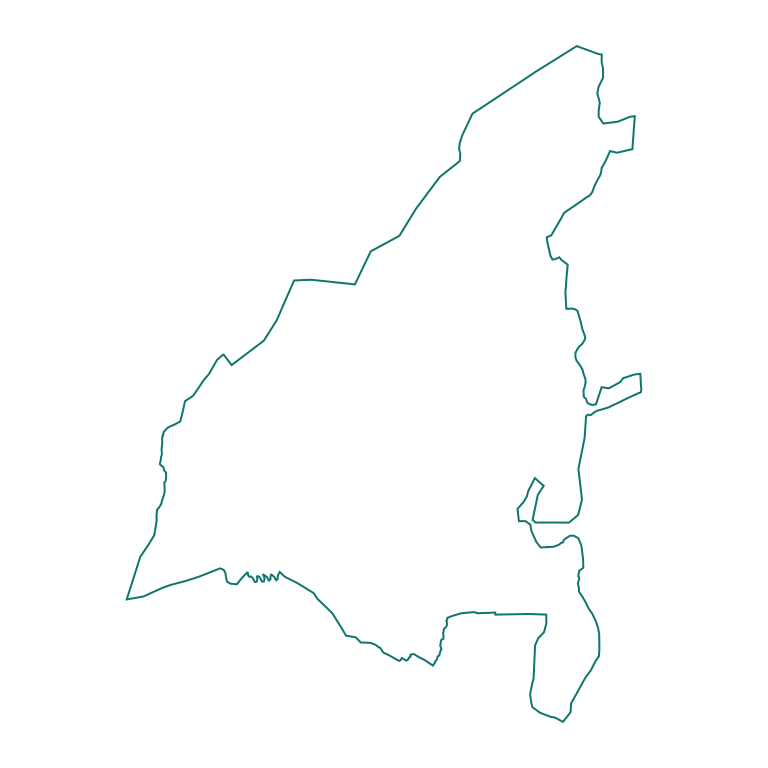 the district of Birnin Kudu, Jigawa, Nigeria
{"feature_id": "59680162B7272699675434", "entity_name": "Birnin Kudu", "entity_type": "district", "adm_level": 2, "iso_a3": "NGA", "parent_name": "Nigeria", "parent_adm1": "Jigawa", "projection": "equal_earth", "projection_center": [9.426, 11.485], "detail": "fine", "context": "isolated", "style": "outline", "palette": "teal", "viewbox_px": 768, "rotation_deg": 0, "n_neighbors": 0, "source": "geoboundaries", "source_scale": "gbopen_adm2", "svg_char_len": 4882}
<svg xmlns="http://www.w3.org/2000/svg" viewBox="0 0 768 768"><path d="M562.9,721.9L567.8,715.8L570.6,712.1L571.1,703.5L585.3,677.8L590.7,670.5L596.1,660.2L598.9,656.3L599.4,649.3L599.2,634.5L598.1,628.0L595.7,620.9L592.2,613.6L588.7,608.6L585.4,601.8L582.0,596.1L579.1,591.8L578.8,587.3L577.9,583.7L579.0,579.3L579.2,577.5L578.2,576.2L579.3,570.7L583.3,567.8L583.1,559.2L581.3,545.2L578.3,538.2L574.0,535.8L570.4,535.6L570.1,535.7L565.1,538.8L563.4,540.5L563.4,541.8L562.6,542.6L561.1,542.8L559.2,544.6L553.5,546.8L547.9,547.1L547.6,546.7L546.3,547.2L540.7,547.5L536.3,541.9L531.3,530.6L530.3,524.6L525.4,521.1L518.9,521.1L517.5,508.9L523.5,502.1L526.8,496.5L528.3,490.9L534.9,478.1L543.7,485.9L537.8,494.9L532.6,519.9L535.6,522.5L569.0,522.6L578.2,514.9L582.0,499.5L578.4,469.0L584.6,437.8L586.1,416.3L587.9,414.7L589.6,415.1L591.3,414.8L592.4,413.7L594.0,412.4L597.2,410.7L604.8,408.6L606.8,407.9L608.8,407.4L610.6,406.3L613.8,404.8L618.1,402.9L623.2,400.3L627.5,398.2L635.5,394.5L640.9,392.2L641.3,389.5L641.0,385.9L640.3,373.8L634.3,374.5L623.1,378.2L620.2,382.1L608.8,388.3L601.6,387.2L596.0,404.3L592.1,405.0L588.3,403.6L586.8,401.7L586.0,398.8L583.8,396.7L583.5,390.2L584.5,387.5L585.2,384.6L585.6,381.8L585.4,378.8L583.8,374.7L582.5,369.7L580.8,366.7L578.7,363.4L576.7,360.9L575.4,357.2L575.4,352.9L577.3,349.3L579.3,346.4L581.6,344.6L583.4,342.0L584.8,339.6L585.3,337.5L584.3,334.3L582.2,328.6L580.9,322.5L578.2,313.2L577.5,310.9L574.4,308.9L571.4,308.6L566.3,308.8L565.4,292.6L565.9,286.2L566.6,276.4L567.7,264.7L561.4,259.9L559.3,257.3L555.0,259.2L552.5,259.5L550.5,256.0L549.3,250.6L547.5,243.1L546.7,237.3L551.3,235.3L561.0,218.6L564.1,212.9L587.7,196.6L589.9,195.4L592.2,192.2L594.5,185.9L596.9,181.1L600.4,174.8L601.5,170.1L601.5,168.2L605.1,162.0L608.4,154.8L610.0,151.1L617.1,152.7L632.4,149.1L634.8,116.2L630.1,116.7L617.7,121.7L603.3,123.5L598.7,116.8L598.7,110.6L599.8,102.7L597.3,93.4L598.5,87.1L603.1,77.6L603.0,68.2L601.7,62.6L601.7,54.5L598.5,54.1L576.7,46.1L535.6,71.8L488.9,102.8L472.5,113.6L462.1,135.7L459.7,143.3L459.1,149.1L460.3,153.5L459.9,161.0L439.8,176.9L416.1,208.6L399.4,235.8L370.8,251.3L354.9,284.4L311.7,279.8L304.5,280.0L294.1,280.5L286.5,297.8L276.8,320.1L263.9,340.6L231.6,365.1L223.7,354.7L223.1,354.6L222.9,354.8L222.7,355.0L217.1,359.8L209.0,374.0L203.7,380.2L198.7,387.7L193.0,395.9L185.0,401.2L182.6,412.3L180.2,421.5L174.0,424.8L169.7,426.6L167.2,428.1L163.7,432.0L163.7,432.3L163.6,432.5L163.6,432.8L163.5,433.0L163.4,433.3L163.4,433.5L163.3,433.8L163.3,434.0L163.2,434.0L163.2,434.3L163.1,434.5L163.0,434.8L163.0,435.0L162.9,435.0L162.8,435.4L162.7,435.6L162.7,435.8L162.6,436.0L162.5,436.3L162.5,436.5L162.4,436.5L162.3,436.8L162.3,437.0L162.2,437.1L162.2,437.3L162.2,443.2L161.6,449.2L161.9,454.5L160.8,457.8L160.9,459.2L160.8,460.0L160.2,462.4L159.8,463.9L160.1,464.5L163.5,467.4L164.4,470.7L166.1,472.7L166.1,477.8L165.6,481.2L164.3,482.5L164.5,486.6L164.7,491.7L163.4,496.7L162.0,500.7L161.2,504.1L158.9,507.7L157.0,509.8L156.5,516.8L156.7,520.3L154.3,535.2L154.2,535.3L148.2,545.1L140.3,556.8L131.4,584.7L126.7,599.4L143.4,596.5L162.5,587.8L170.4,585.0L186.6,580.7L199.2,576.6L220.0,568.4L222.3,569.2L223.9,570.1L225.5,573.4L226.2,578.6L227.3,582.0L230.7,583.7L236.8,584.3L241.6,578.3L244.9,574.8L246.0,574.0L246.8,572.7L247.6,572.6L248.0,573.2L248.2,575.6L249.5,576.8L250.9,576.5L251.5,577.0L252.5,577.6L253.3,579.0L254.1,580.9L255.3,582.1L256.6,581.8L257.3,579.9L257.1,577.6L256.5,576.2L256.7,576.4L258.1,576.1L258.8,576.6L259.8,577.2L260.5,578.6L261.3,580.6L262.5,581.7L263.9,581.4L264.5,579.5L264.3,577.2L263.2,574.8L263.5,574.6L265.7,576.1L267.3,577.5L268.0,579.2L268.9,580.6L270.5,579.3L270.4,577.3L270.9,575.2L271.2,574.6L272.9,575.7L274.5,577.2L275.2,578.8L276.2,580.2L277.7,579.0L277.6,577.0L278.2,574.8L279.5,572.4L279.7,572.0L285.0,576.9L297.6,583.2L313.6,593.1L317.7,599.1L332.2,613.1L339.4,624.5L342.5,629.6L346.0,635.7L355.7,637.3L360.8,642.5L367.1,642.7L370.9,643.0L375.7,644.9L378.6,647.3L380.0,647.6L381.2,649.3L382.5,651.4L383.9,652.9L387.8,654.6L399.1,660.9L400.6,660.2L401.8,658.0L406.3,660.6L407.8,659.8L409.0,657.6L410.5,656.7L410.5,654.6L413.7,654.1L414.0,654.1L419.0,657.2L425.1,660.3L432.9,665.6L434.8,662.8L435.2,661.4L436.7,659.9L437.2,658.2L437.7,656.4L439.0,655.6L439.6,654.5L439.7,653.2L440.2,652.4L440.6,650.2L441.3,649.5L441.1,647.8L440.2,645.7L440.5,644.1L440.7,642.0L441.5,639.6L442.4,639.3L443.3,638.9L443.5,636.0L443.4,634.6L443.0,633.1L443.5,631.9L443.9,628.8L445.7,627.5L447.0,625.0L446.9,622.5L446.5,620.2L447.3,619.4L447.4,617.8L451.9,616.1L456.0,614.8L461.3,613.3L473.8,612.1L476.9,612.9L477.7,613.3L480.9,613.1L495.2,612.6L495.3,614.6L529.1,614.0L546.2,614.6L546.4,623.3L544.0,632.2L538.3,638.1L535.1,645.3L533.6,678.1L531.4,687.4L530.1,694.1L531.2,702.3L532.3,707.1L540.1,712.8L550.9,716.9L552.3,717.1L555.1,717.6L562.9,721.9Z" fill="none" stroke="#0f766e" stroke-width="2"/></svg>